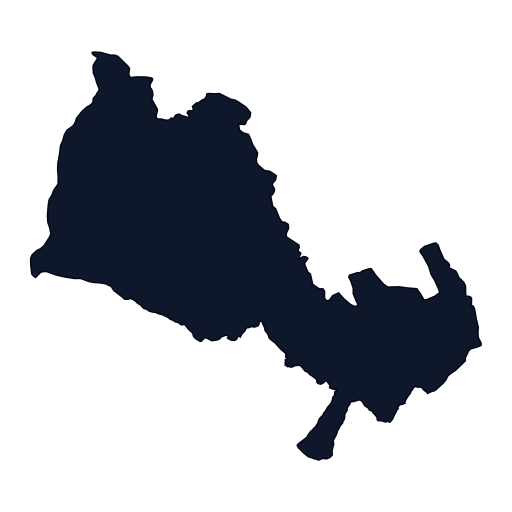 the district of Mehadica, Caras-Severin, Romania
{"feature_id": "2599482B63819893367743", "entity_name": "Mehadica", "entity_type": "district", "adm_level": 2, "iso_a3": "ROU", "parent_name": "Romania", "parent_adm1": "Caras-Severin", "projection": "robinson", "projection_center": [22.203, 45.07], "detail": "fine", "context": "isolated", "style": "filled", "palette": "ink", "viewbox_px": 512, "rotation_deg": 0, "n_neighbors": 0, "source": "geoboundaries", "source_scale": "gbopen_adm2", "svg_char_len": 6024}
<svg xmlns="http://www.w3.org/2000/svg" viewBox="0 0 512 512"><path d="M427.6,393.4L430.6,391.9L434.5,390.7L436.1,389.6L443.8,382.6L444.1,381.7L445.7,380.3L447.6,376.3L449.7,374.3L456.0,369.9L465.3,360.8L465.3,357.8L468.7,350.8L470.6,348.8L475.8,347.5L480.7,345.7L481.3,344.4L480.8,342.4L478.2,337.5L477.9,332.5L478.3,327.5L476.1,318.1L474.5,308.7L473.2,306.2L471.4,305.2L471.5,298.3L470.5,297.0L469.9,296.7L467.8,296.2L465.7,296.1L465.5,286.1L464.0,282.8L461.5,280.0L459.1,278.0L457.1,273.3L455.7,271.1L449.4,267.9L449.3,266.4L449.5,264.9L448.6,263.2L443.8,259.1L439.4,249.0L438.2,245.3L436.0,243.0L434.2,243.2L424.6,246.4L420.4,249.9L420.0,251.7L423.3,256.4L428.7,266.3L431.2,274.6L434.7,280.3L439.3,290.8L439.6,292.6L434.9,296.2L426.7,299.7L424.0,300.0L420.7,294.2L416.8,288.7L407.9,288.0L399.0,286.8L388.0,287.1L384.0,284.6L376.0,275.6L371.1,268.6L368.4,269.0L362.6,270.9L360.0,272.7L357.4,272.7L349.5,275.2L348.8,277.0L350.8,281.0L353.3,288.3L353.2,293.5L356.5,301.7L357.9,304.2L357.5,305.7L354.6,306.6L350.0,304.1L343.9,298.8L338.6,292.9L332.6,295.7L329.6,300.1L327.0,300.9L325.4,299.5L324.5,298.0L324.6,291.5L323.1,288.9L319.6,288.8L317.9,288.0L312.7,284.3L310.4,274.1L307.9,272.1L305.1,265.6L304.6,263.0L306.4,260.8L307.9,258.4L306.5,257.1L303.8,256.5L298.2,258.9L300.9,253.3L298.2,251.1L298.2,249.7L299.2,247.3L298.9,245.1L286.7,237.1L286.1,235.1L286.4,233.1L288.5,228.5L288.5,226.3L288.1,224.3L284.9,222.3L281.9,222.0L279.4,218.2L275.7,208.9L272.7,206.2L270.7,196.2L272.7,194.3L274.2,191.6L274.6,189.3L272.3,184.9L272.7,183.1L274.5,181.2L275.8,179.1L276.2,175.6L269.9,171.4L264.4,170.4L258.4,165.3L256.5,162.3L256.4,158.6L257.3,155.6L257.5,152.5L252.6,144.5L251.0,139.9L248.9,135.4L248.4,134.4L242.9,132.7L239.5,130.0L238.5,124.5L241.6,124.3L244.7,124.5L245.7,123.3L246.7,120.6L249.9,117.2L250.6,112.8L246.0,107.1L238.0,101.7L235.1,100.1L230.9,99.3L219.3,93.5L214.9,93.9L208.2,93.5L206.7,94.0L206.7,95.6L204.5,99.3L202.7,99.7L198.3,102.8L196.6,102.9L192.5,106.4L193.2,108.7L193.1,110.5L192.2,111.0L189.7,110.6L187.9,111.2L187.2,112.8L188.9,115.5L189.2,116.6L189.0,117.6L182.3,115.8L179.4,114.2L177.9,114.2L175.3,115.5L173.9,118.4L170.9,118.1L169.7,119.8L166.2,120.3L161.0,119.0L157.6,119.0L156.9,118.4L156.0,116.3L157.3,111.0L157.4,109.4L151.8,99.2L152.9,94.9L152.6,92.2L151.7,89.5L150.3,87.8L149.9,85.4L150.7,83.1L152.3,80.6L152.5,78.6L150.5,77.6L148.8,77.6L146.2,77.0L136.4,76.9L130.5,77.6L128.7,74.7L129.5,68.5L128.1,66.4L118.0,56.4L114.6,55.1L110.7,55.2L101.0,52.5L94.7,52.0L92.1,52.5L92.4,53.6L93.1,54.6L97.2,57.5L97.3,59.0L95.1,62.1L93.2,65.5L93.1,68.0L93.4,73.2L95.1,77.0L96.8,83.0L99.2,88.9L98.8,90.9L97.5,92.4L96.1,95.3L93.3,98.2L92.9,102.2L92.0,103.6L89.9,105.4L87.4,106.7L82.3,111.0L76.6,118.1L75.3,122.3L73.3,125.6L67.0,130.2L64.3,134.9L62.9,140.3L60.6,145.5L59.5,154.3L57.9,163.0L57.6,169.5L58.2,176.7L58.1,184.0L53.7,190.3L51.9,195.2L49.1,199.7L48.3,204.7L47.4,215.8L47.9,222.5L49.8,228.0L50.9,234.0L49.5,237.2L43.9,245.8L40.6,248.7L36.7,250.6L32.2,254.8L30.7,258.1L30.7,264.3L31.8,274.0L33.8,276.4L35.7,277.4L39.9,273.0L42.0,271.8L46.2,271.4L56.5,275.1L64.6,276.9L74.5,278.5L80.5,278.4L89.2,281.6L95.0,282.6L98.8,282.7L105.2,283.7L111.2,286.4L113.8,290.5L122.8,297.4L123.8,298.7L126.0,299.3L128.7,299.1L130.4,298.3L134.7,300.4L137.8,303.4L140.7,305.0L142.4,307.2L143.9,308.4L147.1,309.5L149.4,311.2L153.0,312.1L155.7,312.4L159.0,313.9L162.6,314.7L164.9,316.0L167.4,317.0L170.5,319.4L173.0,320.2L175.2,321.8L178.3,322.6L181.3,324.9L184.0,324.5L185.1,324.9L189.1,329.9L192.1,332.4L193.1,334.1L193.3,335.8L194.5,337.6L196.9,339.6L198.1,340.0L200.0,341.4L200.9,341.4L202.0,340.6L204.3,338.0L205.3,337.7L207.5,338.4L211.7,340.7L217.3,339.9L219.4,339.0L221.5,336.8L225.9,335.2L227.5,335.5L228.6,336.2L228.7,336.7L227.5,337.7L227.5,338.1L230.0,339.6L231.8,340.3L234.8,340.4L236.6,339.1L238.3,336.0L239.2,336.0L240.3,337.1L241.9,334.0L245.1,330.5L245.9,328.8L246.9,327.7L248.5,327.7L251.3,326.6L254.7,327.0L257.4,326.1L258.4,325.4L259.1,323.9L259.2,321.0L261.9,321.6L264.7,328.0L265.2,330.8L267.6,333.6L268.8,336.5L268.9,337.5L270.5,339.3L275.1,342.9L280.7,349.1L286.0,353.6L285.6,354.6L286.0,355.5L286.7,355.7L286.4,355.9L286.7,356.4L285.6,356.5L285.6,356.8L285.9,357.4L286.3,357.2L287.2,358.1L287.1,358.8L285.2,359.9L285.4,360.5L286.1,360.6L286.3,360.9L285.3,362.0L285.1,363.3L285.5,363.7L285.2,365.0L286.2,364.9L286.4,365.7L287.0,366.2L287.0,365.5L287.4,365.4L288.4,366.4L290.3,367.1L291.3,366.8L292.5,367.0L294.0,365.9L298.6,365.1L301.3,366.3L304.9,370.9L307.6,372.1L310.1,374.8L312.1,375.9L316.0,378.9L316.8,379.9L317.0,382.4L317.6,383.1L319.4,383.9L321.0,384.1L322.8,383.2L325.8,380.8L326.4,380.5L329.7,385.0L330.0,386.0L329.5,387.3L329.8,387.9L332.4,388.9L336.3,389.7L337.2,390.6L334.8,391.8L334.5,395.7L332.8,397.2L332.6,399.5L331.0,403.4L327.4,407.6L325.0,412.0L324.4,412.1L322.7,415.4L319.7,418.4L318.7,420.3L318.0,423.0L315.2,427.2L313.5,428.6L311.9,430.6L310.8,431.2L308.8,433.9L307.5,436.0L307.2,437.1L298.4,443.8L297.2,445.3L298.5,447.9L303.1,452.4L308.3,456.7L313.4,458.3L314.1,458.9L315.8,458.7L316.3,459.3L318.9,460.0L322.1,458.5L327.1,458.7L330.2,457.2L332.1,455.3L332.3,454.2L332.0,451.6L333.2,445.5L333.7,445.0L333.4,442.0L333.0,440.9L336.2,434.9L337.2,432.3L337.7,430.1L338.8,428.8L339.4,427.2L340.4,425.6L342.3,423.3L342.8,422.5L342.8,421.3L344.1,419.7L344.7,417.0L344.7,414.4L347.0,410.4L347.2,409.6L347.0,408.2L349.1,405.0L349.8,404.3L350.5,401.9L354.6,401.3L358.0,400.1L359.6,400.0L361.1,400.5L362.2,401.5L364.9,405.9L367.9,407.7L368.7,408.7L369.2,409.9L372.4,411.3L373.3,413.2L374.5,414.0L375.5,415.6L376.8,416.6L377.3,419.7L378.2,420.7L381.1,420.6L385.6,422.0L387.3,421.3L390.0,422.2L392.6,419.1L394.7,414.2L396.1,412.0L397.1,409.6L398.2,408.7L397.7,408.1L398.5,406.1L400.2,404.6L401.6,404.4L401.1,403.5L402.5,404.3L405.1,403.0L404.7,402.3L405.7,400.0L407.9,396.3L410.3,393.3L410.5,391.6L410.9,391.7L411.1,391.0L412.1,390.1L413.8,387.3L415.8,386.4L417.4,387.1L419.9,387.0L421.9,387.6L423.8,390.0L427.4,392.7L427.6,393.4Z" fill="#0f172a" stroke="#020617" stroke-width="1.5"/></svg>